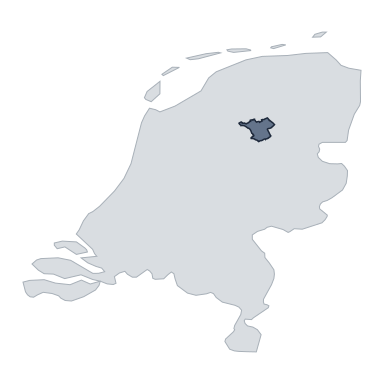 location of Steenwijkerland, Overijssel, Netherlands
{"feature_id": "6326949B44808907248526", "entity_name": "Steenwijkerland", "entity_type": "district", "adm_level": 2, "iso_a3": "NLD", "parent_name": "Netherlands", "parent_adm1": "Overijssel", "projection": "robinson", "projection_center": [6.02, 52.748], "detail": "fine", "context": "in_parent", "style": "filled", "palette": "slate", "viewbox_px": 384, "rotation_deg": 0, "n_neighbors": 0, "source": "geoboundaries", "source_scale": "gbopen_adm2", "svg_char_len": 6322}
<svg xmlns="http://www.w3.org/2000/svg" viewBox="0 0 384 384"><path d="M256.3,351.9L247.3,351.7L238.9,351.4L234.4,350.9L229.7,349.2L227.5,345.7L224.9,341.5L225.6,339.0L233.5,331.7L234.7,329.7L233.9,328.6L234.7,325.4L240.8,314.5L241.6,310.2L238.9,307.1L235.0,305.3L222.3,302.1L216.2,297.5L213.5,293.6L210.6,292.4L206.5,293.8L196.0,295.3L187.5,293.1L177.4,285.6L175.1,278.9L173.9,273.7L171.4,272.0L168.0,274.6L163.7,278.8L155.2,279.3L152.8,278.3L152.4,276.0L152.0,273.8L149.7,271.0L147.2,269.5L136.4,277.2L132.4,277.2L127.4,274.2L124.9,271.3L119.4,273.0L114.4,276.6L116.0,283.3L113.3,284.5L107.2,283.9L100.3,281.2L92.7,279.5L81.0,274.8L64.7,278.6L53.5,274.1L44.1,273.7L38.3,270.1L32.0,264.0L36.6,260.0L40.9,258.6L58.1,257.8L70.6,260.3L92.9,273.4L98.6,273.3L104.7,271.7L101.7,268.1L96.0,266.4L87.7,262.8L81.1,257.9L96.8,256.3L94.6,253.7L92.6,249.3L76.3,234.0L79.2,229.8L83.4,220.9L88.7,213.6L92.8,211.6L99.6,206.3L114.5,191.0L123.9,178.5L131.0,163.7L141.5,122.8L144.6,115.9L149.5,108.2L155.6,109.7L159.9,111.9L175.0,106.1L201.0,90.9L208.7,77.9L216.2,71.8L245.9,59.9L262.3,56.4L287.5,55.5L305.8,53.4L327.7,52.6L336.1,59.9L341.0,65.3L348.8,68.2L361.0,70.3L360.3,80.9L360.5,101.7L359.7,105.4L354.3,114.2L348.6,130.1L347.1,140.5L345.4,142.4L322.3,142.4L319.0,144.2L318.5,146.4L319.7,149.1L319.1,151.8L317.3,153.9L318.3,157.4L322.4,161.3L329.7,163.7L337.5,163.9L341.6,163.5L344.5,166.3L347.5,170.6L347.3,176.0L346.2,183.3L342.5,190.0L331.9,197.8L327.1,200.5L322.6,201.9L320.4,204.0L319.4,206.6L319.7,208.9L327.3,215.1L327.1,216.5L325.0,219.8L322.0,222.8L302.3,229.2L294.2,228.7L289.6,231.8L288.1,232.4L283.0,229.5L271.5,226.2L267.1,227.3L264.7,229.2L257.5,231.4L252.3,234.9L252.3,239.3L261.5,250.9L264.7,253.2L264.9,257.5L269.3,263.0L273.9,269.8L274.4,274.1L273.9,278.5L271.5,284.7L263.5,299.2L263.4,302.0L264.1,304.1L266.9,304.7L268.9,305.8L268.3,307.7L253.4,317.8L251.5,319.6L245.2,319.1L244.2,320.8L245.1,323.5L247.5,325.9L252.9,327.1L257.4,329.7L261.1,334.7L256.3,351.9ZM100.3,281.2L99.0,285.4L95.5,290.0L83.7,296.7L71.5,301.0L65.2,300.5L60.9,298.2L58.6,295.8L52.1,293.5L43.2,292.3L37.6,294.8L33.6,297.2L30.1,296.8L27.5,294.8L25.5,291.8L23.0,282.1L29.7,280.4L44.2,279.7L55.4,283.1L70.1,284.7L81.4,280.1L90.2,284.0L100.3,281.2ZM76.4,241.9L84.9,248.0L86.7,249.9L87.4,252.0L76.4,254.4L64.9,246.9L57.2,248.7L54.3,245.2L54.3,243.0L62.3,241.1L76.4,241.9ZM159.9,93.8L151.2,101.7L145.9,99.5L144.4,97.7L147.1,91.5L160.0,81.3L159.9,93.8ZM198.3,58.8L190.2,59.7L186.5,58.1L206.1,53.7L218.4,52.3L220.6,52.9L198.3,58.8ZM250.7,50.6L233.6,52.4L227.8,51.1L226.9,49.8L231.5,49.0L246.1,48.8L250.6,50.0L250.7,50.6ZM179.4,67.4L163.3,75.6L161.9,74.3L172.3,67.2L179.4,67.4ZM320.6,36.9L312.6,37.2L314.9,34.3L322.3,32.1L326.3,32.1L320.6,36.9ZM285.8,44.9L273.6,48.6L270.7,47.8L271.4,46.8L282.1,44.4L285.8,44.9Z" fill="#d9dde1" stroke="#a8b0b8" stroke-width="1"/><path d="M241.1,122.0L240.9,122.1L240.3,122.4L240.1,122.5L239.8,122.7L239.0,123.2L239.3,123.8L239.7,124.3L239.9,124.5L240.9,125.2L241.0,125.3L241.0,125.6L241.9,125.5L242.6,125.5L243.0,125.6L243.7,125.6L244.0,125.7L244.7,125.9L245.4,126.4L246.0,126.7L246.4,126.9L246.6,127.1L246.8,127.3L247.6,127.8L247.8,128.1L248.1,128.2L248.7,128.2L250.1,129.4L250.8,130.6L251.2,131.7L251.8,133.3L252.6,133.7L253.0,134.2L252.9,134.6L253.3,134.6L253.8,135.3L253.8,135.8L253.5,136.1L253.3,136.2L252.7,136.7L252.4,136.6L252.2,136.8L252.0,137.0L251.1,137.8L251.0,138.0L251.2,138.5L251.6,138.5L251.6,138.3L251.8,138.3L252.1,138.4L252.8,138.6L253.2,138.6L253.5,138.7L253.6,138.8L253.8,138.8L254.0,138.8L254.3,138.9L254.6,139.2L254.8,139.3L255.1,139.4L255.1,139.5L255.3,139.7L255.5,139.8L256.8,140.1L257.5,140.5L257.9,140.9L258.2,141.1L258.2,141.3L258.4,141.4L258.5,141.3L258.7,141.6L259.0,141.5L260.2,140.7L261.7,140.6L261.9,140.4L262.1,140.3L262.5,140.2L262.9,139.9L263.0,139.8L263.3,139.7L263.6,139.5L263.8,139.4L264.1,139.2L264.3,139.1L265.4,139.0L265.6,139.4L265.8,139.1L266.0,139.0L266.1,138.9L266.3,138.8L266.5,138.8L267.0,138.7L267.3,138.6L267.5,138.6L267.6,138.4L267.8,138.4L267.9,138.2L268.0,138.2L268.3,138.2L268.5,138.0L268.7,137.9L268.8,137.8L268.7,137.8L268.7,137.6L268.8,137.5L269.0,137.5L269.2,137.4L269.6,137.2L270.0,136.9L270.2,136.7L270.3,136.6L270.4,136.4L270.4,136.2L270.5,136.0L270.7,135.9L270.4,135.7L270.3,135.3L270.2,135.2L270.1,134.9L270.1,134.7L269.8,134.2L269.6,133.8L269.5,133.6L269.3,133.3L269.2,133.1L269.2,132.9L268.1,130.8L268.0,130.7L267.8,130.3L267.4,129.5L267.4,129.4L267.4,129.2L267.5,129.0L267.7,128.8L267.9,128.7L268.4,128.5L268.7,128.5L268.9,128.5L269.0,128.5L269.4,128.4L269.8,128.3L270.0,128.2L270.5,128.1L270.8,127.9L271.2,127.7L271.6,127.6L272.0,126.9L272.6,126.5L273.8,125.4L274.5,124.6L272.5,122.5L272.3,122.4L271.9,122.2L270.6,121.1L269.9,120.8L270.1,120.7L269.4,120.1L268.8,119.6L268.7,119.4L268.2,119.0L268.1,118.6L267.3,117.9L264.9,119.0L264.5,119.1L264.3,119.3L264.2,119.4L264.2,119.5L263.9,119.6L263.5,119.6L263.3,119.6L262.8,119.5L262.2,119.6L261.8,119.7L261.5,119.8L261.5,120.0L261.7,120.4L261.7,120.5L262.1,121.0L261.7,121.2L261.2,121.4L261.0,121.6L260.8,121.7L260.7,121.7L260.5,121.8L260.3,121.9L259.9,122.1L259.6,122.3L259.2,121.6L259.0,121.4L258.4,121.5L257.5,121.7L257.4,121.7L257.3,121.8L256.8,122.0L256.7,122.1L256.4,121.8L256.3,121.7L256.1,121.6L255.9,121.5L255.7,121.5L255.5,121.1L255.3,120.7L255.1,120.4L254.9,120.2L254.6,119.7L254.5,119.4L254.5,119.2L254.2,119.2L253.7,119.4L253.4,119.4L253.3,119.5L253.2,119.6L253.0,119.8L253.1,120.0L252.9,120.2L252.4,119.9L252.2,119.8L251.9,119.9L251.7,119.9L251.5,120.0L251.4,120.0L251.2,120.0L250.9,120.0L250.6,120.1L250.5,120.3L250.8,120.3L250.7,120.4L250.4,120.4L250.2,120.4L250.2,120.5L250.4,120.7L250.4,120.8L250.2,120.8L250.1,121.0L250.3,121.3L250.2,121.3L249.8,121.5L249.7,121.6L249.4,121.8L249.2,122.1L249.0,122.3L248.8,122.4L248.7,122.5L248.3,122.5L248.2,122.6L248.1,122.8L248.0,123.0L247.9,123.1L247.7,123.1L247.1,123.3L246.8,123.4L246.6,123.5L246.4,123.7L246.4,123.8L246.2,123.8L245.7,123.7L245.4,123.6L245.2,123.5L245.2,123.4L244.8,123.4L244.6,123.4L244.5,123.2L244.4,123.1L244.2,123.3L243.9,123.2L243.7,123.2L243.4,123.3L243.2,123.3L243.1,123.1L242.9,123.1L242.8,123.3L242.7,123.3L242.5,123.2L242.6,122.9L242.4,122.8L242.4,122.7L242.1,122.5L241.9,122.4L241.7,122.4L241.6,122.5L241.5,122.4L241.4,122.4L241.3,122.2L241.2,122.2L241.1,122.0Z" fill="#64748b" stroke="#1e293b" stroke-width="1.5"/></svg>